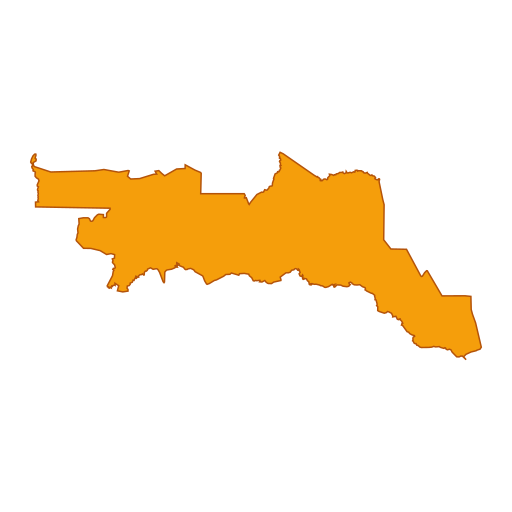 outline of Muhoroni, Nyanza, Kenya
{"feature_id": "3690345B3784519095047", "entity_name": "Muhoroni", "entity_type": "district", "adm_level": 2, "iso_a3": "KEN", "parent_name": "Kenya", "parent_adm1": "Nyanza", "projection": "orthographic", "projection_center": [35.071, -0.126], "detail": "fine", "context": "isolated", "style": "filled", "palette": "amber", "viewbox_px": 512, "rotation_deg": 0, "n_neighbors": 0, "source": "geoboundaries", "source_scale": "gbopen_adm2", "svg_char_len": 6066}
<svg xmlns="http://www.w3.org/2000/svg" viewBox="0 0 512 512"><path d="M466.1,359.7L463.6,356.8L466.0,354.3L471.0,352.0L476.2,350.7L477.1,350.1L480.0,349.2L481.3,347.2L475.6,322.9L472.5,314.3L471.2,309.5L470.9,296.4L465.0,295.8L442.0,295.9L427.3,270.8L426.6,270.7L424.6,272.7L422.4,276.2L421.5,276.5L420.7,275.8L406.5,249.3L390.9,249.0L383.7,239.8L384.1,204.7L382.8,199.7L379.2,182.3L379.1,180.4L379.6,179.8L379.4,178.9L378.7,178.8L377.6,179.8L377.0,179.8L375.2,179.0L374.9,178.4L375.5,177.5L374.3,176.1L372.4,175.7L371.9,174.9L371.1,175.4L370.3,175.4L367.5,173.2L367.2,172.4L365.5,173.1L364.0,172.9L363.1,171.7L362.3,171.6L361.7,170.8L358.4,170.7L357.7,171.1L357.1,170.2L355.2,170.4L355.0,171.9L354.4,172.1L353.7,171.8L351.5,172.8L350.1,172.3L347.9,173.0L347.1,172.8L346.2,171.4L346.0,172.9L344.4,173.6L343.1,172.9L342.8,172.0L341.8,172.4L339.5,172.5L338.4,173.5L336.2,173.9L336.0,174.6L335.3,174.8L334.3,174.7L333.7,175.4L331.7,174.5L329.4,174.2L329.8,175.6L327.8,177.7L327.6,179.2L326.9,179.7L325.3,179.0L324.4,179.0L323.4,179.3L322.4,180.6L321.0,180.8L320.4,180.6L321.0,179.9L320.7,179.2L320.0,179.1L319.1,177.8L317.9,177.3L317.6,176.6L316.9,176.9L314.2,175.3L283.2,153.8L280.1,152.3L278.7,155.1L279.6,156.4L279.5,158.2L280.3,158.3L280.6,159.3L280.6,160.4L279.8,160.7L279.5,161.6L280.4,162.9L280.4,164.7L280.9,165.5L280.0,165.7L280.1,166.5L280.2,167.3L280.8,168.0L280.0,170.0L279.3,170.4L279.3,171.3L278.7,171.9L277.6,171.7L277.2,172.9L275.1,173.9L273.5,178.4L273.9,179.0L272.5,183.0L272.3,185.5L271.9,186.0L270.1,186.2L269.2,186.8L269.0,187.8L267.3,189.9L266.6,190.2L264.7,189.7L263.6,191.9L262.6,192.3L261.6,192.1L256.9,194.5L250.5,202.4L249.2,204.5L248.7,203.9L246.3,197.7L245.0,198.1L244.4,197.9L245.2,195.4L244.2,193.7L200.7,193.7L201.2,173.4L200.7,172.5L195.0,170.1L185.2,164.8L185.1,168.5L176.6,169.0L164.7,175.8L161.7,173.4L158.8,170.6L155.1,171.2L156.7,174.1L153.5,174.3L139.6,178.6L130.7,179.0L127.5,176.3L129.2,170.9L128.1,170.5L118.7,172.2L103.9,169.5L94.9,170.8L50.8,172.0L34.4,166.6L33.5,165.3L33.2,162.6L36.0,160.9L36.2,159.1L35.1,158.2L36.0,155.1L35.8,154.1L34.8,154.1L34.3,154.5L32.9,156.0L31.5,159.0L30.7,162.0L31.0,162.8L32.2,163.9L32.5,164.6L32.4,166.1L31.8,166.4L32.0,167.8L33.3,169.6L33.0,170.8L35.1,171.8L35.4,172.8L35.1,173.6L35.1,176.3L36.5,177.9L38.3,179.0L39.0,180.8L37.2,184.9L37.3,186.1L38.4,186.8L37.5,189.4L37.6,190.3L38.2,190.8L37.9,192.1L38.3,193.4L37.9,195.8L38.3,196.7L38.0,197.7L38.3,198.3L37.8,200.6L38.5,201.8L35.5,202.1L35.6,206.9L110.1,208.2L110.2,209.2L106.6,213.3L106.6,216.4L106.4,217.2L105.4,217.6L103.4,217.5L103.4,214.6L98.8,214.2L97.4,214.8L94.5,217.7L92.9,220.7L91.9,221.3L90.5,221.1L89.4,218.7L88.0,217.8L83.3,217.8L78.8,218.6L79.1,224.1L78.3,225.7L77.6,229.0L78.0,233.0L77.3,234.3L76.9,237.4L76.1,239.9L76.5,240.9L83.5,248.3L90.8,248.4L100.1,250.6L106.6,254.5L111.0,253.6L114.6,254.6L114.5,258.1L112.3,258.9L113.0,260.9L112.4,262.1L113.0,263.2L114.5,264.7L115.3,267.6L114.8,268.2L113.3,268.4L112.8,269.4L113.9,270.2L113.2,271.6L112.5,275.7L107.2,285.8L107.5,286.8L108.5,286.8L108.5,287.7L109.3,288.2L110.0,287.5L110.9,287.9L110.6,287.2L111.6,287.0L111.8,286.0L112.5,286.3L112.7,285.7L114.4,285.0L115.1,285.4L115.0,283.3L118.7,285.7L117.4,290.8L122.8,291.9L128.0,291.1L128.0,289.4L127.0,288.2L127.3,286.0L129.1,285.6L130.2,284.3L130.1,283.2L132.3,282.2L133.1,280.1L134.0,280.4L135.0,278.2L136.4,278.4L136.8,277.8L135.7,276.9L135.9,276.2L137.8,277.2L138.7,277.1L138.5,275.9L140.0,274.7L141.1,274.7L142.6,273.9L143.5,275.0L144.2,274.9L144.4,272.3L145.4,271.1L146.4,271.1L147.4,270.1L147.6,269.1L150.5,267.8L153.1,269.3L156.3,268.7L157.3,269.0L158.1,269.8L159.6,272.4L163.1,281.7L164.0,282.7L164.5,282.0L164.8,272.1L166.3,270.3L167.3,269.9L171.6,269.2L174.9,267.8L175.1,267.1L177.4,267.1L177.1,266.5L175.6,266.3L175.2,265.7L176.0,265.3L177.0,265.6L177.7,265.3L176.7,263.5L176.8,262.7L179.3,264.2L178.9,265.0L179.4,265.6L183.5,267.3L184.7,269.0L185.6,269.6L187.3,269.4L187.9,268.9L190.7,268.4L193.7,269.8L195.1,271.7L202.2,275.6L202.9,276.2L204.7,280.9L206.5,283.9L207.1,284.3L209.2,283.6L214.3,280.5L216.5,279.9L223.7,276.2L225.8,274.5L229.9,274.3L231.4,273.0L238.8,275.2L239.5,273.7L244.3,273.4L248.8,274.2L249.3,275.7L251.7,277.7L253.2,280.7L254.2,281.0L255.8,280.4L256.5,280.7L259.9,280.3L260.2,281.1L259.7,281.8L262.0,282.0L264.8,280.5L266.1,282.2L267.5,283.2L268.4,283.5L271.5,283.6L273.7,282.1L280.9,280.5L281.0,279.9L280.2,277.1L286.0,272.8L288.3,272.8L290.2,272.2L291.7,270.2L293.9,269.8L294.5,269.0L295.5,268.6L296.7,268.9L297.7,270.2L298.4,270.4L298.5,269.1L299.2,269.7L300.1,272.5L299.1,273.8L300.0,275.9L301.8,276.6L302.5,274.9L302.9,275.4L302.6,278.7L303.2,279.4L303.9,279.2L303.7,278.3L306.5,278.9L307.4,280.7L308.8,281.8L309.3,284.4L310.0,284.8L311.2,284.9L312.0,284.3L311.2,283.7L312.0,283.6L314.1,284.3L316.1,284.2L319.8,285.1L320.4,285.6L322.5,285.9L324.7,287.3L325.8,287.4L328.5,286.6L332.2,284.3L332.8,285.0L334.9,284.4L333.7,286.0L334.0,287.0L334.7,287.1L337.0,284.9L340.8,285.1L343.0,286.2L346.9,286.7L348.7,286.3L349.8,285.1L350.2,284.5L349.2,283.9L348.9,282.9L350.3,282.1L351.8,282.8L352.1,283.6L354.2,284.8L357.0,285.0L359.8,284.7L362.5,286.7L365.0,287.6L365.4,288.3L365.1,289.9L366.0,290.3L366.5,290.9L371.4,293.3L372.2,293.3L374.7,295.3L374.6,296.3L375.2,298.2L375.0,299.7L376.0,299.9L377.0,303.5L377.1,304.9L376.6,305.6L377.8,306.8L377.7,310.6L379.2,311.5L384.3,313.2L386.4,312.6L387.5,311.5L388.9,311.9L391.5,313.3L392.8,316.0L392.7,316.9L395.9,316.3L397.4,319.3L398.8,319.7L399.2,319.0L400.1,318.8L400.3,319.7L401.8,321.3L402.7,323.2L402.0,323.4L401.5,325.1L402.4,325.2L407.1,331.7L408.7,332.2L409.6,333.5L411.8,334.8L414.4,335.6L414.6,336.4L413.3,337.1L412.9,338.1L413.0,340.0L412.6,340.8L413.2,341.2L414.1,343.1L415.2,343.7L416.0,343.6L416.8,345.2L418.1,345.5L419.9,347.1L421.4,347.5L428.8,347.4L431.8,347.1L433.7,346.4L435.6,346.9L439.4,346.6L440.2,347.3L444.0,348.4L444.9,347.7L445.5,348.0L446.2,349.3L447.6,349.8L449.4,349.2L450.9,349.8L452.2,352.2L456.7,356.8L458.3,356.9L459.5,356.8L460.6,356.1L462.4,356.1L466.1,359.7Z" fill="#f59e0b" stroke="#b45309" stroke-width="1.5"/></svg>